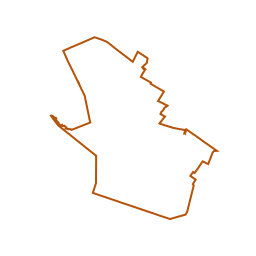 Vanegas, San Luis Potosí, Mexico, rotated 294°
{"feature_id": "50627088B68070398631326", "entity_name": "Vanegas", "entity_type": "district", "adm_level": 2, "iso_a3": "MEX", "parent_name": "Mexico", "parent_adm1": "San Luis Potosí", "projection": "mercator", "projection_center": [-100.935, 24.137], "detail": "fine", "context": "isolated", "style": "outline", "palette": "amber", "viewbox_px": 256, "rotation_deg": 294, "n_neighbors": 0, "source": "geoboundaries", "source_scale": "gbopen_adm2", "svg_char_len": 3513}
<svg xmlns="http://www.w3.org/2000/svg" viewBox="0 0 256 256"><g transform="rotate(294 128 128)"><path d="M165.0,45.4L164.9,45.5L159.7,51.8L157.9,54.0L149.2,64.2L149.7,64.1L149.4,64.5L148.9,64.9L147.2,66.6L139.8,75.3L139.7,75.4L139.6,75.5L135.2,78.6L133.5,79.9L133.4,79.9L133.0,80.2L132.5,80.6L129.7,82.6L129.4,82.8L127.8,83.9L126.8,84.7L126.6,84.8L124.1,86.6L123.9,86.8L123.3,87.2L122.9,87.4L122.9,87.5L122.5,87.7L122.4,87.8L122.2,88.0L120.9,88.9L120.2,89.3L119.9,89.6L117.7,91.3L103.4,77.3L103.5,76.9L103.6,76.5L103.3,76.2L103.4,75.9L103.3,75.6L103.4,75.1L103.3,74.8L103.0,74.5L102.6,74.1L102.5,73.8L102.6,73.2L102.4,73.0L102.5,72.6L102.5,72.3L102.4,71.9L102.3,71.6L102.5,71.7L102.8,71.6L103.0,71.6L103.3,71.6L103.5,71.5L103.5,71.3L103.6,71.2L103.6,70.9L103.6,70.7L103.7,70.4L103.8,70.2L103.8,69.9L103.9,69.7L104.0,69.5L104.0,69.4L104.1,69.2L104.1,68.9L103.9,68.8L103.7,68.9L103.7,68.7L103.6,68.3L103.6,68.2L103.5,67.9L103.4,67.8L103.4,67.7L103.4,67.3L103.5,67.1L103.6,66.9L103.8,66.7L103.7,66.6L103.3,66.6L103.2,66.6L103.2,66.4L103.2,66.1L103.1,65.9L103.4,65.9L103.2,65.7L102.9,65.4L102.8,65.1L102.7,65.0L102.7,64.9L102.6,64.7L102.9,64.7L103.1,64.7L103.2,64.4L102.9,64.1L103.5,63.8L103.5,63.7L103.6,63.4L103.8,63.2L104.6,62.2L104.5,61.8L104.2,61.5L104.4,61.5L104.6,61.4L104.9,61.3L104.9,61.2L105.0,61.1L105.0,60.9L105.1,60.7L105.0,60.4L105.0,60.2L105.0,59.9L105.5,59.8L105.4,59.6L105.4,59.4L105.4,59.2L105.5,59.0L106.1,59.0L106.3,58.8L106.5,58.5L106.3,58.5L106.4,58.4L106.5,58.2L107.7,58.4L107.7,57.8L107.8,57.7L107.6,57.5L107.4,57.2L107.3,56.9L107.2,56.3L107.3,56.3L107.7,56.3L107.9,55.8L108.0,55.5L108.0,55.2L108.1,54.8L108.1,54.7L108.3,54.4L108.4,54.2L108.4,53.9L108.3,53.7L108.3,53.4L108.3,53.2L108.2,53.1L108.1,52.9L108.0,52.7L107.9,52.6L105.8,56.2L105.2,57.4L103.3,60.8L102.6,62.1L102.2,62.8L102.0,63.2L99.3,73.3L98.6,75.9L98.6,76.2L98.0,78.4L97.4,80.7L96.9,82.6L95.5,87.8L95.1,89.5L93.7,94.6L89.7,110.2L88.5,110.7L84.9,112.3L66.4,120.4L64.5,121.2L54.4,122.3L55.2,131.3L55.3,132.3L56.1,140.9L56.7,147.2L56.9,149.8L57.0,151.1L57.9,160.3L58.4,165.7L59.3,175.3L60.1,183.9L60.5,188.2L60.9,193.4L61.3,196.9L61.3,197.0L61.9,203.3L64.3,206.2L72.3,215.8L75.6,216.1L102.3,211.4L102.5,211.2L102.6,210.9L102.7,210.7L103.0,210.1L108.3,210.7L109.6,204.5L114.3,205.4L114.0,207.2L118.5,208.1L127.9,209.8L127.7,213.9L127.7,215.9L129.9,215.8L133.1,215.7L139.6,215.3L141.9,215.9L143.3,218.5L143.5,217.4L144.4,212.7L145.5,207.0L146.3,202.9L147.6,196.7L148.5,192.4L148.8,190.4L149.9,184.9L150.5,181.8L146.2,182.4L146.3,182.2L146.3,181.9L146.3,181.7L146.2,181.6L149.4,181.0L147.7,174.6L146.5,169.1L145.8,163.4L145.3,159.2L144.9,154.9L153.5,157.1L153.9,152.0L154.1,152.0L154.3,152.0L154.5,152.0L154.9,152.2L155.0,152.2L155.3,152.1L155.8,151.9L156.3,151.9L157.9,152.6L158.4,152.9L158.5,152.9L159.2,152.9L159.6,152.9L160.1,152.9L160.5,153.1L161.2,153.1L161.5,153.1L161.9,153.4L162.2,153.7L162.6,154.0L162.8,154.1L163.5,154.1L163.5,154.3L163.5,154.5L163.9,154.8L164.2,155.0L164.5,155.1L164.9,144.5L175.9,146.0L177.6,130.7L178.8,130.6L179.7,120.9L179.9,119.0L182.6,119.1L187.2,119.8L187.5,119.8L188.3,119.6L188.7,119.9L188.8,119.5L188.4,119.4L188.3,118.6L188.9,118.6L189.0,117.8L189.2,117.6L189.1,117.3L189.1,117.2L188.9,117.1L189.0,116.9L189.1,117.0L189.1,116.9L189.1,116.4L189.7,116.3L195.0,118.7L197.1,118.2L199.6,117.6L200.6,112.0L201.6,106.1L201.6,105.9L194.4,105.6L190.4,105.4L194.7,87.4L198.1,74.0L198.0,67.8L197.3,60.6L188.3,52.3L178.3,43.0L172.2,37.5L165.0,45.4Z" fill="none" stroke="#b45309" stroke-width="2"/></g></svg>